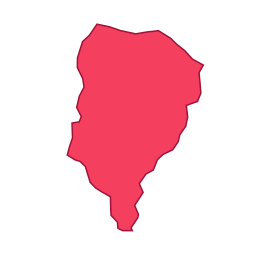 outline of Vikla, Limassol, Cyprus, rotated 102°
{"feature_id": "46923920B11436010239704", "entity_name": "Vikla", "entity_type": "district", "adm_level": 2, "iso_a3": "CYP", "parent_name": "Cyprus", "parent_adm1": "Limassol", "projection": "natural_earth1", "projection_center": [33.205, 34.827], "detail": "fine", "context": "isolated", "style": "filled", "palette": "rose", "viewbox_px": 256, "rotation_deg": 102, "n_neighbors": 0, "source": "geoboundaries", "source_scale": "gbopen_adm2", "svg_char_len": 848}
<svg xmlns="http://www.w3.org/2000/svg" viewBox="0 0 256 256"><g transform="rotate(102 128 128)"><path d="M50.8,67.4L47.3,79.2L40.6,88.5L36.1,97.6L31.4,104.9L26.5,118.4L30.0,129.1L34.3,140.0L34.3,155.5L32.9,167.0L32.9,179.9L36.0,181.2L45.3,185.0L52.9,190.4L69.7,192.0L79.3,190.2L89.1,182.5L97.2,179.5L106.8,182.2L118.5,182.5L126.5,176.1L132.1,177.0L134.8,183.8L149.4,180.2L157.7,181.3L160.1,181.4L167.1,181.8L170.2,173.1L170.7,167.9L174.5,161.7L189.0,153.7L193.5,146.9L195.7,141.0L198.9,130.9L209.4,128.4L217.0,126.4L222.2,118.8L228.2,117.0L229.5,111.8L227.5,102.4L224.9,104.3L213.8,99.8L210.4,99.8L202.3,105.4L187.9,99.8L180.1,105.4L169.3,100.9L163.8,94.5L152.7,92.6L146.4,88.1L140.1,79.8L130.8,76.0L124.2,76.0L114.2,71.9L104.9,71.9L93.8,75.7L87.5,65.5L78.6,64.0L59.0,70.0L50.8,67.4Z" fill="#f43f5e" stroke="#9f1239" stroke-width="1.5"/></g></svg>